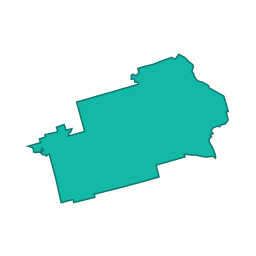 Erechim, Rio Grande do Sul, Brazil (orthographic projection), rotated 256°
{"feature_id": "56859067B6052933451935", "entity_name": "Erechim", "entity_type": "district", "adm_level": 2, "iso_a3": "BRA", "parent_name": "Brazil", "parent_adm1": "Rio Grande do Sul", "projection": "orthographic", "projection_center": [-52.245, -27.633], "detail": "fine", "context": "isolated", "style": "filled", "palette": "teal", "viewbox_px": 256, "rotation_deg": 256, "n_neighbors": 0, "source": "geoboundaries", "source_scale": "gbopen_adm2", "svg_char_len": 1605}
<svg xmlns="http://www.w3.org/2000/svg" viewBox="0 0 256 256"><g transform="rotate(256 128 128)"><path d="M125.1,37.8L122.9,38.4L122.1,40.8L120.6,42.0L121.9,45.3L98.0,45.7L90.7,45.6L71.7,45.1L71.9,57.3L68.8,57.3L68.8,69.4L68.8,79.1L71.9,79.1L72.0,85.2L72.0,103.6L72.4,128.5L73.0,146.3L77.8,146.3L85.2,146.3L85.3,149.1L86.2,176.4L88.7,176.0L88.2,178.9L87.3,180.8L86.1,183.8L85.7,186.6L84.1,189.8L82.8,192.4L81.7,194.6L80.8,197.3L80.5,199.8L80.1,203.3L77.6,205.6L79.6,206.2L82.2,206.1L88.4,205.3L95.5,203.3L98.0,204.4L99.3,206.9L101.0,206.0L102.2,209.3L103.5,208.1L105.4,208.3L107.3,209.9L108.2,214.5L107.1,217.4L108.6,219.3L108.4,223.3L111.5,227.1L119.9,227.1L119.7,229.3L135.8,228.6L147.2,216.5L149.6,216.3L151.7,214.4L153.0,212.9L154.5,211.3L155.6,208.8L157.3,206.8L159.0,205.8L161.6,205.1L163.2,204.6L165.3,204.9L166.9,203.5L169.3,204.7L171.8,206.4L173.9,206.1L175.5,204.7L177.2,203.4L178.9,202.3L181.2,201.1L183.2,199.6L184.6,198.0L185.9,196.6L187.2,195.1L183.3,190.5L186.0,187.1L184.5,173.8L183.7,167.5L183.7,160.7L183.7,157.5L183.6,155.1L183.3,151.9L180.4,152.1L178.2,151.6L176.9,147.9L179.0,145.9L178.1,143.7L176.3,143.6L174.7,142.8L174.1,146.1L170.9,145.7L169.9,148.6L167.9,148.5L166.7,115.6L165.6,84.4L145.1,84.9L135.1,85.1L134.9,79.5L134.6,67.9L136.7,69.2L138.1,71.5L140.9,73.4L140.9,67.3L146.8,66.8L146.0,58.7L142.8,59.1L141.3,58.2L141.6,45.8L139.2,45.8L138.8,39.3L135.0,39.6L134.5,26.7L133.5,28.5L132.1,30.3L130.1,31.2L127.8,30.5L126.6,31.8L126.5,33.8L126.0,36.1L125.1,37.8ZM125.1,37.8L127.5,38.4L129.2,39.6L126.9,40.8L125.1,37.8Z" fill="#14b8a6" stroke="#0f766e" stroke-width="1.5"/></g></svg>